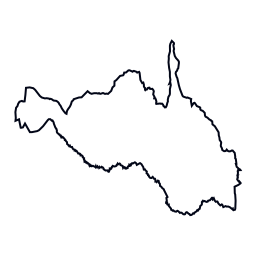 Ileje, Mbeya, United Republic of Tanzania (Equal Earth projection)
{"feature_id": "72390352B17520994539919", "entity_name": "Ileje", "entity_type": "district", "adm_level": 2, "iso_a3": "TZA", "parent_name": "United Republic of Tanzania", "parent_adm1": "Mbeya", "projection": "equal_earth", "projection_center": [33.35, -9.39], "detail": "fine", "context": "isolated", "style": "outline", "palette": "ink", "viewbox_px": 256, "rotation_deg": 0, "n_neighbors": 0, "source": "geoboundaries", "source_scale": "gbopen_adm2", "svg_char_len": 5858}
<svg xmlns="http://www.w3.org/2000/svg" viewBox="0 0 256 256"><path d="M235.2,156.3L234.7,152.9L232.6,150.5L231.7,150.5L230.6,151.2L229.1,151.4L227.8,150.9L226.7,149.6L225.8,150.9L225.1,151.1L224.0,151.1L222.3,150.0L221.9,148.2L220.9,146.3L220.8,145.3L221.2,142.7L221.0,141.9L219.7,140.0L219.4,137.4L218.8,135.5L218.6,132.3L214.8,126.2L212.5,124.4L212.2,121.3L211.3,120.9L210.8,120.1L209.5,119.6L207.4,117.6L205.6,116.7L205.0,115.6L204.7,112.8L202.7,110.8L201.2,110.3L200.5,109.7L200.2,108.9L200.3,107.9L199.9,107.3L196.9,106.1L194.9,103.1L194.5,102.8L193.7,103.1L191.8,105.8L190.9,101.1L191.2,99.0L187.5,97.5L186.8,97.8L184.1,96.9L183.2,96.5L182.5,95.7L180.0,89.2L178.9,85.4L177.3,78.1L176.6,76.8L175.6,73.5L175.9,72.0L177.1,70.6L177.5,69.1L178.2,68.4L178.9,63.2L178.9,61.8L178.3,60.6L176.1,58.2L174.8,56.0L173.7,51.4L173.7,50.3L174.1,49.0L173.6,46.8L173.4,45.0L174.0,44.0L173.9,43.0L171.8,40.9L170.3,43.9L169.9,45.8L170.0,51.4L168.7,56.1L168.8,58.8L168.5,62.3L169.1,67.9L169.9,71.9L169.9,76.5L170.4,79.9L170.0,82.2L169.4,83.6L170.4,83.1L170.8,85.1L169.9,89.1L169.9,93.6L169.7,94.8L168.4,96.9L167.8,99.8L167.9,101.5L167.4,102.6L166.6,105.8L165.8,107.3L164.8,107.4L164.2,106.4L163.6,106.2L163.0,104.6L162.0,103.6L160.9,103.8L160.2,103.5L156.3,103.9L156.1,103.2L156.4,101.6L155.9,99.7L155.3,98.3L154.2,98.3L154.5,96.9L153.2,94.4L153.8,91.2L153.2,89.9L152.3,88.8L151.0,89.0L149.7,88.7L149.5,87.7L149.2,87.6L147.7,88.1L146.9,89.5L146.0,89.6L145.3,90.2L145.0,89.8L145.1,88.0L144.4,87.5L143.9,86.4L143.9,84.7L143.3,82.6L142.2,83.1L140.4,79.9L139.6,72.9L139.1,71.9L137.2,72.6L136.7,71.9L133.9,70.9L133.3,71.0L132.6,71.7L129.6,70.3L128.4,70.4L126.0,72.5L124.2,72.6L123.6,74.7L123.1,75.3L120.1,75.9L116.3,80.1L114.5,81.4L114.4,85.7L112.5,87.4L111.2,90.9L108.0,93.9L106.6,93.6L105.0,93.9L103.0,93.0L100.6,93.8L99.8,93.7L99.0,93.1L98.1,93.6L96.7,93.2L94.1,93.2L91.6,93.8L89.9,93.1L87.6,91.2L81.6,97.3L78.9,97.5L73.7,99.2L73.3,100.2L71.8,101.5L70.9,104.5L69.9,106.6L67.8,109.5L66.9,111.3L66.5,113.8L65.5,113.3L63.7,111.1L61.9,108.5L60.6,105.8L59.4,104.3L58.8,103.0L57.8,101.9L56.4,100.9L53.5,100.5L51.7,99.2L50.4,98.8L49.6,99.1L49.1,98.6L46.6,98.2L44.9,98.4L41.8,97.5L39.9,96.0L35.2,89.9L33.3,88.2L29.7,87.4L26.0,87.8L25.4,94.9L24.6,101.4L23.1,101.5L21.9,100.9L19.5,101.7L18.2,103.7L17.4,106.2L16.1,107.7L15.4,112.1L15.8,118.0L15.5,120.8L19.0,119.3L20.7,127.7L21.0,127.8L22.9,127.4L25.0,123.5L29.9,132.1L32.1,132.1L37.2,131.1L39.0,130.2L43.1,126.2L47.8,120.1L48.8,119.2L50.3,119.2L51.9,120.7L52.4,120.5L52.6,121.1L53.1,121.3L53.7,122.6L53.8,123.5L55.4,127.6L56.4,128.8L56.4,129.4L56.9,130.2L56.8,131.7L57.1,132.6L59.2,134.6L59.5,134.5L59.8,135.1L60.8,135.5L60.7,136.2L61.2,136.4L61.3,137.5L62.0,137.6L62.7,137.0L63.3,137.5L65.0,139.5L64.9,140.1L65.6,140.3L65.8,140.9L67.0,142.2L67.1,144.0L68.3,144.9L68.7,145.7L69.1,145.7L69.3,146.1L69.9,145.6L70.4,146.7L71.3,147.1L72.1,147.0L72.7,148.5L73.4,149.4L74.7,149.6L75.1,150.0L74.9,150.6L75.5,150.6L75.7,151.0L76.3,150.7L76.6,150.9L78.2,153.5L78.9,153.3L80.0,154.4L80.3,154.1L81.0,154.9L80.8,155.5L82.3,155.7L82.9,156.8L82.8,157.4L84.1,158.2L83.9,159.4L84.2,159.7L84.5,161.5L84.9,161.2L85.1,161.9L85.7,162.0L85.8,161.6L86.6,162.1L86.5,162.8L87.0,162.8L87.4,163.4L87.9,163.1L89.1,164.1L89.3,165.1L89.7,164.9L89.9,165.8L90.4,165.3L90.8,165.9L91.2,165.7L91.4,166.2L91.8,166.3L92.9,165.8L95.2,167.0L95.5,167.0L95.7,166.5L95.9,167.3L97.3,166.3L97.5,167.4L98.1,167.1L98.8,167.6L99.2,167.2L99.3,167.9L100.1,167.3L101.1,167.4L101.6,166.9L102.1,167.5L102.6,167.3L103.0,167.6L103.6,168.5L103.6,169.2L105.5,170.5L107.5,170.4L108.2,171.6L108.8,171.8L109.1,171.5L109.0,170.6L109.5,169.6L109.8,169.5L109.8,169.0L110.1,169.2L110.3,168.7L110.7,169.1L111.3,168.6L111.9,166.9L112.4,166.8L112.7,165.9L114.5,166.5L115.7,166.2L116.4,165.8L116.6,165.0L116.9,164.6L117.3,164.6L117.6,163.8L118.0,164.4L119.4,163.5L119.8,163.6L120.3,164.1L120.5,165.1L122.6,165.9L123.1,167.9L123.7,167.1L124.5,167.1L125.1,168.4L125.7,168.6L126.0,168.0L126.7,168.4L127.7,168.0L127.7,166.9L128.4,166.1L129.7,166.0L129.7,165.6L129.3,165.4L129.3,164.6L130.9,165.1L131.0,164.0L132.1,163.2L132.7,163.6L134.9,162.3L136.1,163.2L136.8,164.9L140.0,163.1L141.4,164.1L143.3,167.2L143.8,169.5L144.8,169.3L145.5,170.4L146.8,171.5L146.6,173.4L147.9,174.2L148.0,175.2L148.8,175.5L148.9,176.5L150.2,177.9L151.5,178.0L152.7,176.9L154.1,178.8L155.0,178.8L155.4,180.0L155.4,181.6L156.2,181.5L156.7,182.1L157.9,180.6L158.8,181.1L158.8,182.0L159.1,183.1L159.8,183.6L160.1,186.0L161.3,186.7L162.1,187.9L163.9,189.4L164.0,190.0L167.5,197.0L166.4,197.9L166.8,200.7L166.1,202.2L166.1,203.1L166.4,203.3L167.2,202.9L167.4,204.5L168.0,204.8L168.8,204.6L168.8,205.9L171.0,208.6L171.2,209.8L171.9,210.0L172.6,210.7L173.4,210.4L174.3,211.3L176.1,211.7L177.3,210.8L178.4,211.3L179.9,212.9L180.4,212.6L181.6,212.7L183.3,214.2L184.2,214.4L185.0,214.2L185.9,212.6L186.5,212.2L187.1,212.3L188.7,213.8L189.5,214.0L190.2,215.1L191.2,215.0L192.6,214.2L193.1,213.3L194.2,213.5L194.5,212.6L196.8,211.2L197.0,210.3L197.4,210.1L198.2,210.4L198.6,209.3L199.7,208.8L200.3,205.9L201.5,205.0L201.9,204.2L201.9,202.0L202.9,200.8L203.4,201.4L204.5,201.0L206.4,201.9L207.7,201.6L208.1,200.7L210.0,200.2L211.9,197.8L212.2,197.8L212.3,198.8L212.7,199.5L213.8,198.2L214.8,200.7L215.8,201.8L217.1,201.4L217.5,201.6L218.3,203.4L220.3,205.4L221.8,204.4L222.3,204.8L223.3,207.1L225.6,206.1L226.7,206.6L228.1,206.5L229.7,207.1L232.1,209.0L232.8,208.5L233.1,209.9L233.4,210.2L235.0,209.7L235.3,208.6L235.6,200.7L235.2,194.5L234.8,193.3L234.6,186.7L238.4,184.9L240.6,183.3L240.6,182.9L239.4,181.5L239.2,181.9L238.5,181.2L237.2,179.4L237.5,177.9L237.8,177.8L237.9,176.9L237.4,175.9L237.9,175.2L237.5,175.1L238.0,173.0L237.7,171.2L238.1,170.9L238.1,170.2L240.5,170.1L240.2,169.6L238.8,168.8L236.7,166.8L235.9,164.0L236.4,164.0L236.4,163.6L235.8,159.0L235.2,158.3L235.2,156.3Z" fill="none" stroke="#020617" stroke-width="2"/></svg>